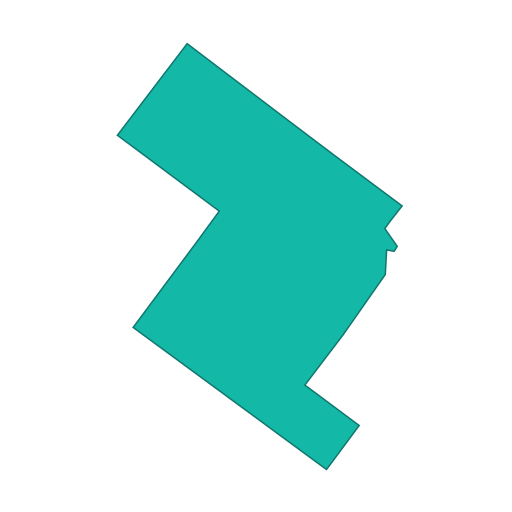 Phelps, Missouri, United States of America (Albers equal-area conic projection), rotated 126°
{"feature_id": "52423323B59210924893707", "entity_name": "Phelps", "entity_type": "district", "adm_level": 2, "iso_a3": "USA", "parent_name": "United States of America", "parent_adm1": "Missouri", "projection": "albers", "projection_center": [-91.813, 37.876], "detail": "fine", "context": "isolated", "style": "filled", "palette": "teal", "viewbox_px": 512, "rotation_deg": 126, "n_neighbors": 0, "source": "geoboundaries", "source_scale": "gbopen_adm2", "svg_char_len": 407}
<svg xmlns="http://www.w3.org/2000/svg" viewBox="0 0 512 512"><g transform="rotate(126 256 256)"><path d="M382.4,73.4L332.5,72.9L331.7,140.6L268.8,139.2L195.0,140.5L174.3,153.9L171.0,147.0L165.2,147.4L158.1,167.9L148.5,167.9L129.6,167.2L128.5,252.9L127.4,310.4L124.7,436.5L239.8,439.1L241.3,312.1L279.0,312.2L386.0,313.4L387.3,73.5L382.4,73.4Z" fill="#14b8a6" stroke="#0f766e" stroke-width="1.5"/></g></svg>